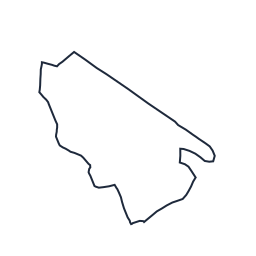 outline of Al-Hindiya, Karbala', Iraq, rotated 158°
{"feature_id": "34846034B69940766405797", "entity_name": "Al-Hindiya", "entity_type": "district", "adm_level": 2, "iso_a3": "IRQ", "parent_name": "Iraq", "parent_adm1": "Karbala'", "projection": "natural_earth1", "projection_center": [44.226, 32.466], "detail": "fine", "context": "isolated", "style": "outline", "palette": "slate", "viewbox_px": 256, "rotation_deg": 158, "n_neighbors": 0, "source": "geoboundaries", "source_scale": "gbopen_adm2", "svg_char_len": 1596}
<svg xmlns="http://www.w3.org/2000/svg" viewBox="0 0 256 256"><g transform="rotate(158 128 128)"><path d="M167.6,81.1L167.0,81.0L161.7,80.3L161.1,76.5L160.8,75.5L160.6,71.6L160.5,66.4L161.2,61.8L161.8,55.2L161.8,51.7L161.8,47.3L161.8,45.3L161.1,41.4L161.4,39.8L161.1,37.7L159.9,37.7L159.2,38.0L157.9,37.9L152.0,37.5L150.9,37.0L149.1,36.1L148.5,35.7L148.3,34.8L145.6,35.7L138.3,38.0L132.5,39.9L126.7,40.7L121.1,41.7L114.8,42.3L109.9,42.0L103.9,41.7L99.1,44.1L95.5,46.8L91.4,50.2L87.7,53.9L83.8,56.8L83.9,57.2L85.3,64.4L86.4,69.5L88.8,73.1L92.9,76.6L89.9,82.6L87.3,89.2L84.3,87.7L79.5,83.7L75.2,79.0L71.8,73.7L69.2,68.7L65.3,66.3L61.5,65.2L58.0,69.7L58.0,75.3L59.1,80.3L61.9,84.8L66.2,91.1L68.2,94.3L70.3,97.4L75.0,104.8L80.4,111.9L82.0,116.3L100.0,143.1L113.2,164.0L127.9,186.1L134.5,195.3L141.9,207.2L149.5,218.7L149.8,218.6L155.5,216.8L163.9,214.0L167.9,213.1L170.7,211.8L173.0,213.4L174.9,215.1L177.9,217.3L181.5,220.1L183.2,221.2L183.9,219.5L185.2,217.5L186.9,215.0L188.9,210.4L190.8,206.5L193.5,200.4L195.5,196.5L196.8,194.4L195.8,191.5L194.8,188.3L193.2,184.8L192.4,181.9L192.5,180.3L192.5,177.7L192.5,175.9L192.5,172.7L192.5,170.2L192.5,166.7L192.5,162.1L192.3,158.0L193.5,155.0L194.7,153.0L195.5,151.2L197.1,148.8L198.0,147.0L198.0,144.0L198.0,139.7L197.8,137.4L195.7,134.4L193.6,132.2L191.3,129.2L190.2,127.5L187.0,125.0L181.9,120.0L180.6,117.3L179.5,114.0L178.0,109.5L177.0,107.8L177.7,105.6L179.2,104.7L180.6,102.6L181.1,101.7L181.1,100.3L180.8,97.8L180.8,94.8L180.8,90.7L180.8,86.8L180.0,85.8L177.4,83.6L173.1,82.4L167.6,81.1Z" fill="none" stroke="#1e293b" stroke-width="2"/></g></svg>